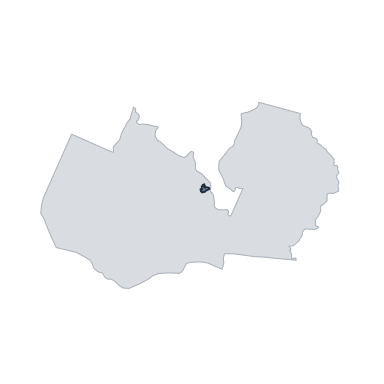 location of Kitwe, Copperbelt, Zambia, rotated 24°
{"feature_id": "96606910B1018737914833", "entity_name": "Kitwe", "entity_type": "district", "adm_level": 2, "iso_a3": "ZMB", "parent_name": "Zambia", "parent_adm1": "Copperbelt", "projection": "mercator", "projection_center": [28.274, -12.828], "detail": "fine", "context": "in_parent", "style": "filled", "palette": "slate", "viewbox_px": 384, "rotation_deg": 24, "n_neighbors": 0, "source": "geoboundaries", "source_scale": "gbopen_adm2", "svg_char_len": 5600}
<svg xmlns="http://www.w3.org/2000/svg" viewBox="0 0 384 384"><g transform="rotate(24 192 192)"><path d="M250.8,250.4L235.6,250.4L230.1,251.7L225.5,253.6L220.1,256.5L217.0,258.6L216.1,259.7L215.7,262.3L215.7,266.2L215.1,269.0L213.5,271.5L205.2,274.7L199.8,277.2L194.6,280.2L190.5,284.2L187.8,289.0L183.3,295.0L173.7,305.7L168.2,307.7L163.6,307.2L158.0,305.0L153.6,304.5L150.3,305.9L147.3,305.5L144.5,303.3L142.2,302.4L140.3,303.1L137.9,302.9L133.5,301.7L129.7,297.9L127.6,296.3L126.0,295.7L121.5,295.1L111.0,294.2L100.1,296.1L90.6,298.0L80.9,289.5L71.5,280.6L69.5,278.3L66.0,275.3L63.5,273.8L62.5,273.1L59.9,265.1L58.6,257.8L58.5,188.1L101.1,188.1L103.9,187.8L104.0,187.1L102.0,183.4L102.1,182.1L102.7,179.6L104.5,174.5L104.6,172.9L103.8,167.4L103.9,164.4L104.4,158.3L104.1,156.2L105.1,153.4L105.4,151.6L105.8,150.8L105.3,148.7L104.5,141.4L104.0,138.4L106.5,138.8L107.4,140.3L107.8,142.0L109.0,142.1L112.0,143.0L113.1,144.4L113.8,147.3L113.4,148.8L112.4,150.0L113.4,151.1L115.4,151.8L116.6,151.6L120.0,149.6L123.1,148.8L124.8,148.3L131.8,147.0L133.2,146.3L134.2,146.3L134.9,146.9L134.2,148.9L134.0,150.8L134.9,154.3L135.6,155.9L137.0,157.1L138.1,157.7L139.3,158.9L141.7,158.7L147.1,160.5L148.7,161.3L151.0,162.1L152.6,162.4L158.2,163.0L164.0,164.0L167.1,164.1L169.2,163.9L170.8,163.4L171.7,162.8L172.1,162.3L174.3,155.7L175.4,155.2L176.9,154.9L177.7,155.5L178.7,159.6L182.9,163.4L184.4,166.5L185.4,169.2L186.4,170.0L188.0,170.9L190.6,171.2L192.9,171.3L204.3,175.9L205.5,176.8L206.9,179.3L207.8,182.0L208.7,184.2L210.2,184.7L211.5,184.8L212.8,186.3L213.8,187.7L217.2,193.1L217.6,195.3L219.3,196.7L221.5,197.4L223.6,197.4L224.8,196.8L227.7,195.7L230.0,194.4L231.6,193.9L232.6,194.2L233.4,195.1L233.8,197.8L235.5,198.7L236.7,198.4L237.1,197.3L237.2,196.8L237.1,168.3L236.1,168.5L234.8,169.3L231.7,169.4L230.6,170.0L230.2,170.9L230.4,172.1L230.5,173.7L230.0,174.5L228.7,174.8L226.8,174.1L223.3,173.3L220.4,172.8L218.3,170.7L215.5,167.5L213.7,165.9L209.2,162.5L208.5,161.9L207.1,160.3L206.0,157.6L204.9,154.6L204.3,152.6L205.3,149.6L207.9,139.8L208.5,136.8L210.7,133.7L210.9,130.9L210.0,127.4L210.2,125.4L210.5,114.2L209.9,110.7L208.5,106.8L205.3,101.3L205.3,100.2L210.2,96.6L211.7,95.3L214.2,92.4L216.0,90.0L217.1,88.0L217.5,85.5L216.6,83.1L218.3,82.6L259.0,76.3L259.5,78.0L260.8,80.8L262.2,82.8L263.9,84.6L265.4,85.7L266.4,86.0L272.7,85.9L274.9,87.0L276.9,88.3L277.4,90.5L278.6,91.8L280.0,92.9L280.6,93.0L281.7,92.7L283.3,92.7L284.9,93.2L285.6,93.6L285.7,95.4L286.2,96.2L288.3,96.5L290.5,96.7L292.5,97.9L294.8,98.1L297.4,98.6L298.6,99.9L301.4,101.2L304.8,102.4L308.5,104.4L308.6,105.0L309.2,106.2L309.9,107.0L309.9,108.2L310.2,109.4L311.2,109.7L312.0,109.7L312.7,108.9L313.7,108.9L314.8,109.5L315.2,110.8L316.1,112.6L317.4,113.8L318.4,114.9L318.0,117.1L317.5,119.0L319.3,120.9L321.8,122.8L322.4,123.6L322.6,126.3L323.0,127.2L324.6,129.5L325.5,131.0L325.4,131.8L321.0,136.3L318.2,137.0L317.0,137.9L316.3,138.9L318.1,143.3L319.0,145.0L318.2,147.2L316.5,150.8L315.7,151.1L315.5,153.8L316.1,154.8L316.9,155.6L317.3,157.5L317.2,162.1L316.1,167.3L318.1,171.9L318.8,172.4L321.6,172.4L322.0,172.8L321.4,174.1L319.4,176.1L315.9,177.7L310.8,179.4L309.8,181.1L309.1,183.5L309.7,184.9L310.3,185.7L310.1,187.8L309.7,190.1L309.8,191.8L309.6,193.4L308.9,194.1L308.0,196.5L307.0,198.8L306.1,199.9L304.8,201.0L302.8,201.9L302.8,202.4L305.1,203.5L305.7,204.2L305.9,204.8L305.0,206.0L306.0,206.7L307.3,207.3L308.5,208.8L309.9,211.8L310.2,212.1L310.6,212.1L311.3,211.8L312.7,210.6L313.7,210.2L314.9,211.9L293.7,219.2L288.7,220.7L281.3,223.3L278.9,224.2L276.9,225.2L257.2,230.9L254.1,232.0L247.1,234.9L246.9,235.4L246.9,236.8L247.6,239.5L248.8,242.0L249.8,243.5L250.5,247.2L250.8,250.4Z" fill="#d9dde1" stroke="#a8b0b8" stroke-width="1"/><path d="M198.5,186.2L198.5,186.3L198.7,186.5L198.8,186.6L199.0,186.6L199.1,186.8L199.3,186.9L199.4,187.0L199.5,187.0L199.7,187.3L199.8,187.2L199.8,187.3L199.9,187.2L199.9,187.3L200.0,187.4L200.0,187.5L200.1,187.8L200.3,187.9L200.3,188.0L200.5,188.1L200.8,188.3L201.0,188.3L201.0,188.2L201.1,187.9L201.3,187.9L201.4,188.0L201.5,187.9L201.8,187.8L201.8,187.7L202.0,187.7L202.0,187.8L202.1,187.7L202.1,187.8L202.2,187.7L202.3,187.7L202.3,187.4L202.5,187.3L202.5,187.2L202.8,187.1L203.0,187.1L203.3,187.1L203.4,186.9L203.5,186.9L203.6,186.7L203.8,186.7L204.0,185.4L204.0,185.0L204.3,185.0L204.6,184.9L204.8,184.9L204.9,184.7L205.0,184.6L205.1,184.4L205.2,184.0L205.2,183.9L205.3,183.9L205.5,183.8L205.6,183.7L205.6,183.4L205.7,183.2L205.8,183.0L206.0,183.0L206.0,182.9L206.3,182.6L206.5,182.5L206.5,182.4L206.7,182.2L206.8,182.1L206.3,181.4L206.2,181.3L205.9,181.4L205.7,181.4L205.4,181.3L205.2,181.4L204.9,181.3L204.9,181.2L204.7,181.2L204.5,181.3L204.4,181.3L204.2,181.3L204.0,181.5L203.9,181.5L203.7,181.6L203.4,181.7L203.2,181.6L203.0,181.8L202.9,182.0L202.7,182.2L202.7,182.3L202.6,182.5L202.4,182.7L202.5,182.7L202.4,182.7L202.3,182.8L202.2,182.8L201.9,182.8L201.6,182.7L201.7,182.4L201.5,182.2L201.4,182.2L201.4,181.9L201.5,181.9L201.4,181.8L201.2,181.8L201.2,181.7L201.3,181.7L201.5,181.5L201.6,181.4L201.5,181.2L201.4,181.1L201.2,181.1L201.2,180.9L201.1,180.7L200.9,180.7L200.7,180.6L200.6,180.4L200.4,180.3L200.3,180.2L200.2,180.2L200.1,179.9L199.9,179.8L199.8,180.0L199.6,180.3L199.4,180.6L199.3,180.8L199.1,180.9L198.9,181.1L198.8,181.4L199.2,181.5L199.3,181.6L199.8,182.3L198.5,183.0L199.1,184.2L199.2,184.3L199.3,184.5L199.5,184.7L199.6,184.8L199.8,184.9L199.8,185.0L200.0,185.1L200.1,185.3L200.1,185.5L199.9,185.6L199.7,185.7L199.3,185.4L199.3,185.5L199.2,185.7L199.1,185.8L198.9,186.0L198.7,186.3L198.5,186.2Z" fill="#64748b" stroke="#1e293b" stroke-width="1.5"/></g></svg>